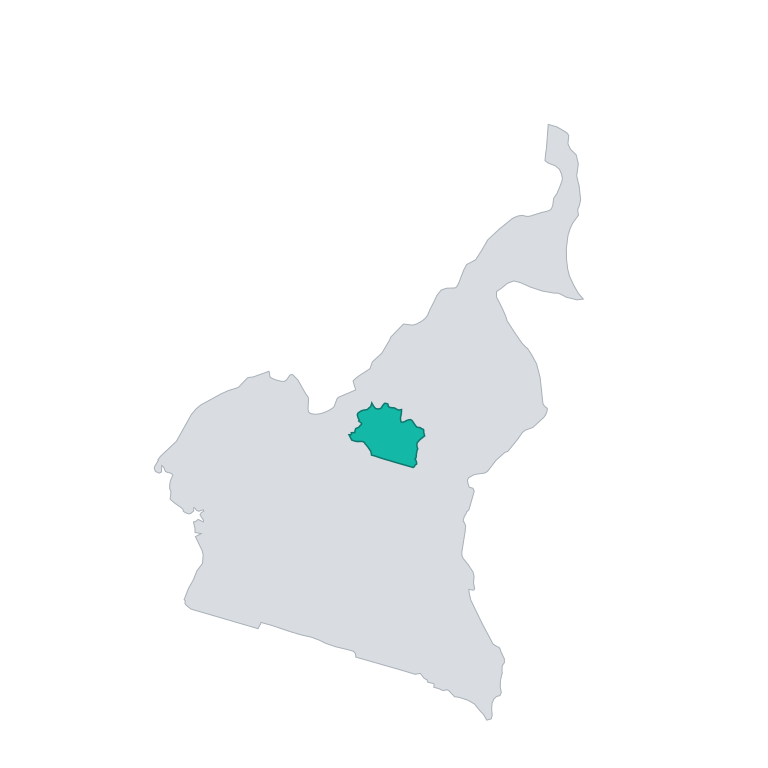 Djerem, Adamaoua, Cameroon shown in context, rotated 16°
{"feature_id": "32672807B72380332498823", "entity_name": "Djerem", "entity_type": "district", "adm_level": 2, "iso_a3": "CMR", "parent_name": "Cameroon", "parent_adm1": "Adamaoua", "projection": "orthographic", "projection_center": [12.686, 6.508], "detail": "fine", "context": "in_parent", "style": "filled", "palette": "teal", "viewbox_px": 768, "rotation_deg": 16, "n_neighbors": 0, "source": "geoboundaries", "source_scale": "gbopen_adm2", "svg_char_len": 5124}
<svg xmlns="http://www.w3.org/2000/svg" viewBox="0 0 768 768"><g transform="rotate(16 384 384)"><path d="M187.5,519.2L189.0,515.2L200.2,496.4L207.3,466.2L210.6,459.1L213.9,454.4L230.1,438.4L236.1,433.3L244.9,427.5L251.1,415.7L253.2,414.5L256.0,413.5L269.9,403.5L271.1,405.5L272.0,407.9L273.0,409.0L277.5,409.8L283.7,409.8L287.3,409.1L289.2,407.0L291.1,401.5L292.2,400.5L293.7,400.2L300.4,404.1L311.5,415.1L314.3,417.1L315.6,419.2L317.9,429.2L319.3,431.7L321.7,432.7L326.1,432.1L330.6,430.3L334.5,427.8L338.4,424.5L341.1,421.5L342.3,419.3L342.9,411.2L343.8,409.4L358.3,397.6L357.9,396.5L355.6,393.2L353.4,389.5L355.6,385.8L357.8,382.9L366.3,373.1L366.7,365.9L373.5,354.8L377.3,340.0L377.5,337.2L386.2,321.0L395.4,319.5L398.9,317.2L403.0,313.2L405.6,309.5L406.9,305.9L407.8,299.0L409.4,291.2L410.4,284.3L413.1,277.9L417.7,274.7L425.7,272.1L426.9,270.8L428.0,266.6L429.2,252.6L430.5,246.4L437.9,239.3L441.1,228.4L444.0,216.9L452.3,203.0L462.0,189.2L466.6,185.5L470.4,183.8L474.8,183.6L477.8,182.6L488.3,175.6L492.7,173.3L495.9,170.9L496.7,168.8L497.0,165.8L495.9,158.7L497.7,153.5L498.7,145.4L499.1,139.1L498.7,136.9L496.7,133.2L493.5,129.3L488.3,127.0L481.0,126.4L477.2,125.0L475.8,117.7L475.3,113.2L470.3,89.2L479.4,89.2L490.4,92.0L493.1,94.2L494.6,102.4L498.6,107.0L505.6,110.8L510.1,118.7L511.8,130.7L515.8,137.9L516.6,139.0L522.2,152.6L522.6,158.8L522.1,163.0L524.4,168.3L521.1,177.2L520.1,182.7L519.9,190.4L522.0,203.9L525.3,214.4L528.9,222.9L532.7,229.4L539.1,236.7L545.9,243.3L552.2,247.4L546.4,249.9L535.2,250.3L528.7,248.9L525.6,248.8L522.5,249.7L510.5,251.0L498.3,250.5L487.0,248.9L480.2,249.2L474.9,253.2L470.7,259.3L466.7,264.1L468.1,269.4L471.1,272.4L477.0,278.9L482.2,285.1L484.9,289.3L495.4,298.5L505.5,306.8L510.3,309.6L512.1,310.2L517.6,314.9L525.2,322.7L532.3,334.8L542.2,359.1L544.4,361.1L547.7,362.4L548.2,365.0L547.9,368.8L546.9,371.9L539.1,384.7L532.3,389.7L530.3,392.7L527.8,400.1L521.6,414.6L518.9,416.6L512.7,426.5L507.8,438.9L506.5,440.8L504.4,442.3L497.2,445.4L494.8,447.0L491.1,450.9L490.7,453.4L492.4,456.9L494.4,459.7L498.2,459.7L500.3,462.3L500.3,481.5L498.6,484.4L498.7,485.7L497.8,489.0L497.6,492.7L498.1,494.1L499.6,495.3L501.6,497.9L502.7,503.8L505.2,524.5L506.4,527.8L508.4,530.0L514.8,534.5L521.5,540.3L523.6,544.1L524.8,550.4L527.4,555.3L527.4,557.0L526.3,557.6L522.1,558.1L523.6,561.6L527.0,567.8L544.1,586.9L560.5,603.9L564.4,605.1L567.2,605.5L568.5,606.5L570.0,608.9L575.5,615.1L576.5,618.7L575.3,622.1L576.5,627.4L577.5,629.4L577.2,631.1L577.8,637.6L579.3,643.3L581.8,648.1L581.4,651.5L578.3,653.4L576.4,656.6L575.9,661.0L576.9,666.3L579.3,672.6L579.4,676.3L575.4,678.8L571.1,674.5L566.2,671.6L559.0,666.6L551.6,664.8L542.2,664.5L538.1,665.2L531.1,661.1L528.8,660.5L525.7,662.3L523.6,662.3L520.9,661.7L515.5,661.8L515.0,658.8L514.1,658.3L508.3,658.6L506.5,656.1L505.7,656.4L503.4,655.7L498.7,652.2L493.8,654.5L483.6,654.3L432.2,654.3L430.9,651.1L428.4,649.4L423.7,649.3L410.1,649.9L399.6,649.4L392.6,648.1L383.9,647.4L373.1,648.0L362.0,647.9L342.3,647.0L331.4,647.1L331.6,649.1L331.0,650.5L330.4,653.9L260.5,653.6L254.9,651.2L253.1,649.7L252.6,646.9L251.3,646.5L252.4,634.4L254.8,624.3L255.7,614.9L259.0,606.5L257.3,598.2L255.3,594.5L244.8,582.7L249.6,578.2L243.3,578.8L241.9,574.4L238.8,569.1L240.7,568.3L242.6,565.4L248.3,566.4L248.2,564.9L243.2,560.5L243.7,558.3L245.8,555.8L244.8,554.7L241.2,557.3L238.6,557.2L236.6,555.5L235.2,555.2L236.0,558.6L234.0,561.6L232.1,562.7L228.9,562.5L226.2,561.7L225.5,560.0L223.0,558.7L216.1,556.4L210.2,553.7L209.0,546.5L206.7,543.4L205.8,539.9L205.3,535.9L206.1,529.8L204.6,528.8L202.9,528.4L200.4,528.7L198.0,528.3L195.3,524.9L192.8,523.6L194.3,529.9L192.6,531.6L188.4,531.1L186.6,528.7L186.2,526.9L188.2,519.4L187.5,519.2Z" fill="#d9dde1" stroke="#a8b0b8" stroke-width="1"/><path d="M435.1,456.2L436.0,454.9L436.2,453.3L437.4,452.1L437.2,451.1L437.0,450.7L436.7,450.1L435.8,448.7L434.4,447.4L435.1,446.2L434.9,444.2L434.4,442.8L434.4,441.3L434.0,439.8L434.3,437.0L432.7,434.6L432.0,431.6L433.7,427.9L436.9,423.3L437.2,422.9L437.4,422.7L435.6,419.7L435.0,417.7L434.4,416.8L432.7,416.6L431.0,416.0L427.2,416.4L426.8,416.0L424.9,414.6L423.0,413.0L421.1,411.4L419.4,410.9L417.9,411.4L416.8,412.2L415.4,413.1L414.7,414.2L413.6,414.8L413.0,415.2L412.0,415.9L410.6,415.6L409.9,414.0L409.1,411.9L408.9,408.3L408.4,405.7L407.9,403.7L405.2,405.1L402.3,404.6L401.0,404.1L396.2,404.9L394.3,404.3L393.9,403.3L393.1,402.1L390.9,402.1L389.8,402.5L389.1,404.1L388.4,405.7L388.2,407.1L387.4,408.5L385.1,409.7L382.7,409.9L380.0,408.1L377.5,405.6L377.5,407.0L377.5,408.5L377.0,410.1L376.0,411.3L375.8,411.6L375.2,412.9L374.3,413.5L372.9,414.2L371.2,414.9L369.1,416.5L367.0,419.1L366.8,421.0L368.6,423.9L370.1,425.4L369.8,426.5L373.3,428.0L373.5,429.3L372.8,429.9L371.6,432.6L369.1,434.6L369.0,436.9L369.3,438.7L367.8,439.2L366.0,439.8L366.5,441.1L366.0,442.0L364.6,442.3L364.3,442.4L368.4,446.8L371.0,446.9L373.2,446.9L376.7,445.9L379.0,445.2L381.1,445.5L382.4,446.7L383.9,447.6L386.1,449.2L389.8,452.3L390.5,453.4L391.6,455.8L395.1,455.7L400.2,456.0L404.3,456.1L410.6,456.1L414.9,456.2L435.1,456.2Z" fill="#14b8a6" stroke="#0f766e" stroke-width="1.5"/></g></svg>